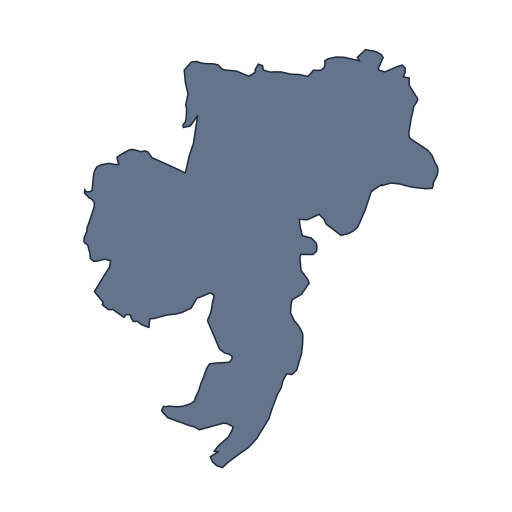 the district of Birkat Al-Sab, Al Gharbiyah, Egypt, rotated 94°
{"feature_id": "37247803B30511282692114", "entity_name": "Birkat Al-Sab", "entity_type": "district", "adm_level": 2, "iso_a3": "EGY", "parent_name": "Egypt", "parent_adm1": "Al Gharbiyah", "projection": "albers", "projection_center": [31.097, 30.651], "detail": "fine", "context": "isolated", "style": "filled", "palette": "slate", "viewbox_px": 512, "rotation_deg": 94, "n_neighbors": 0, "source": "geoboundaries", "source_scale": "gbopen_adm2", "svg_char_len": 4319}
<svg xmlns="http://www.w3.org/2000/svg" viewBox="0 0 512 512"><g transform="rotate(94 256 256)"><path d="M367.1,207.5L350.4,203.8L340.6,203.4L339.7,203.4L338.6,203.4L330.6,203.9L326.2,206.1L321.7,209.5L321.1,210.1L318.0,213.2L314.2,215.4L310.3,217.6L301.3,217.6L297.1,216.8L290.9,207.8L283.6,203.6L282.8,203.2L279.3,201.0L275.6,202.9L267.1,210.1L258.3,211.5L256.3,211.8L253.3,212.0L251.3,211.4L251.0,207.0L250.9,204.6L250.7,201.5L250.5,199.3L249.5,198.3L247.2,196.0L244.7,195.8L243.0,195.7L238.8,196.9L234.2,202.1L233.3,207.0L232.5,211.2L224.4,213.8L223.2,214.1L216.4,215.4L216.3,207.3L210.0,195.9L213.2,192.4L214.8,190.6L219.4,188.1L229.5,172.6L227.5,166.4L227.1,165.2L225.7,162.9L224.7,161.2L220.7,157.0L215.6,154.9L202.5,150.3L184.1,145.6L180.9,142.1L176.0,135.7L177.0,135.4L173.8,126.5L174.2,117.0L175.1,113.2L176.0,107.6L176.6,102.9L176.8,97.3L177.0,91.8L177.0,90.7L176.2,85.0L174.4,84.4L170.7,84.3L168.0,83.1L166.3,82.4L163.3,81.2L162.5,80.9L158.0,80.4L156.4,80.6L153.3,81.8L150.0,84.3L149.0,84.5L147.3,85.4L143.4,87.4L140.2,90.4L139.3,91.4L138.4,92.3L136.6,95.3L131.7,104.0L128.7,109.2L126.7,111.4L122.3,112.2L113.0,111.2L111.6,111.1L109.6,110.9L106.8,110.7L105.3,110.3L99.2,109.4L95.8,108.9L94.8,108.6L92.0,106.8L89.0,105.6L87.5,105.9L86.7,106.5L81.7,110.3L80.5,111.1L74.9,115.1L67.7,115.7L67.1,121.3L62.2,120.0L57.9,120.4L55.3,123.4L57.0,127.8L63.4,140.3L62.0,146.4L60.1,147.0L49.2,143.0L46.9,144.6L46.7,144.7L44.0,149.6L43.3,153.2L43.2,155.7L42.5,161.2L50.8,168.8L54.0,166.5L52.7,175.3L51.6,182.4L52.0,190.4L53.1,194.1L54.2,197.9L56.6,201.0L59.7,200.5L63.4,201.2L66.3,204.4L66.7,211.7L70.3,214.3L73.3,216.9L72.3,223.6L71.9,225.8L72.2,234.0L71.4,239.0L70.6,243.9L70.9,247.5L71.0,250.6L71.6,253.7L70.8,258.6L70.1,261.1L67.8,262.8L67.0,262.2L65.7,262.8L64.9,265.4L64.4,267.0L69.8,269.7L72.9,269.8L75.3,272.9L77.0,275.4L76.3,278.5L72.9,288.2L72.9,289.9L72.7,295.0L72.7,296.4L72.6,299.9L71.9,302.9L68.0,307.1L67.3,311.4L67.6,321.9L66.9,325.6L66.1,328.6L66.6,332.3L67.2,334.2L69.8,336.2L75.6,340.6L88.0,338.5L96.7,335.9L99.2,335.1L110.2,336.6L113.9,335.5L123.2,335.2L127.4,335.9L129.8,337.8L131.7,337.9L132.9,337.3L130.7,330.5L122.2,325.3L119.8,324.0L148.3,326.3L160.1,329.5L163.8,330.0L178.1,332.3L173.0,345.2L165.2,366.5L159.6,371.3L158.9,374.3L160.0,378.1L158.5,384.8L158.4,387.2L159.0,389.7L163.7,397.2L167.2,401.6L174.1,399.4L174.6,402.5L173.8,409.2L175.5,415.6L176.0,417.3L178.3,421.0L180.7,422.3L182.6,423.0L186.8,423.7L193.6,423.9L197.9,424.0L199.7,424.1L201.0,424.1L202.2,424.2L203.4,426.0L203.9,429.8L201.9,431.3L205.1,431.6L205.7,431.0L207.6,428.6L209.5,426.8L210.8,423.8L211.5,423.2L212.7,422.0L214.6,420.8L218.9,421.0L232.3,424.4L234.2,424.9L239.7,426.5L243.4,426.6L249.4,428.6L253.7,428.7L255.0,427.5L257.0,424.5L262.5,422.8L265.0,421.7L270.0,421.2L272.6,417.6L272.1,413.9L269.8,407.0L270.6,400.9L273.1,401.0L276.8,401.1L281.6,403.7L286.4,406.3L290.1,408.2L302.8,414.7L312.9,405.2L315.4,405.9L319.9,399.2L319.4,394.9L326.5,383.4L323.5,381.5L323.6,377.2L324.9,376.6L326.8,376.1L329.9,373.7L329.4,370.0L332.6,365.1L334.4,359.0L334.7,357.8L326.1,357.6L325.6,353.9L323.9,348.9L321.1,340.8L319.5,332.2L317.8,326.6L312.6,317.2L302.3,312.0L300.6,308.2L295.9,298.9L297.2,296.6L297.9,295.3L301.0,295.3L304.0,296.0L313.9,296.9L316.9,297.6L323.0,299.7L324.2,299.7L351.7,285.7L355.0,280.3L355.7,276.6L357.7,273.0L360.1,272.8L363.8,275.0L365.8,289.8L366.8,294.8L371.7,297.4L374.7,298.3L375.9,298.7L381.4,300.1L386.9,302.1L393.6,303.5L397.5,305.0L400.3,306.2L405.2,307.5L408.1,311.3L411.0,318.8L412.0,324.4L411.8,331.7L412.7,336.9L412.4,337.7L415.9,339.2L417.1,339.3L419.6,336.9L423.5,332.7L424.9,327.8L426.2,323.5L427.6,318.0L429.7,311.3L430.0,309.7L430.7,305.6L431.6,303.8L433.3,300.4L432.9,299.2L425.0,276.7L425.1,275.2L425.1,273.5L426.8,269.4L427.1,268.5L428.4,266.8L432.9,268.3L433.8,268.9L438.4,270.9L448.1,280.4L449.4,281.3L453.7,284.1L453.8,281.6L453.9,280.2L456.8,284.1L457.5,284.8L459.0,286.9L459.5,287.6L464.3,285.0L467.8,280.8L469.2,275.5L469.5,274.7L463.9,269.7L459.9,265.0L454.0,258.1L449.4,252.4L447.8,250.3L443.6,246.9L437.7,242.4L430.3,238.6L427.9,237.3L422.8,234.6L419.8,233.1L417.5,231.8L409.4,229.9L400.8,227.4L393.2,225.1L392.2,224.8L386.7,222.1L386.0,221.8L378.2,220.3L374.4,218.6L371.2,217.1L371.8,212.0L371.1,211.4L367.1,207.5Z" fill="#64748b" stroke="#1e293b" stroke-width="1.5"/></g></svg>